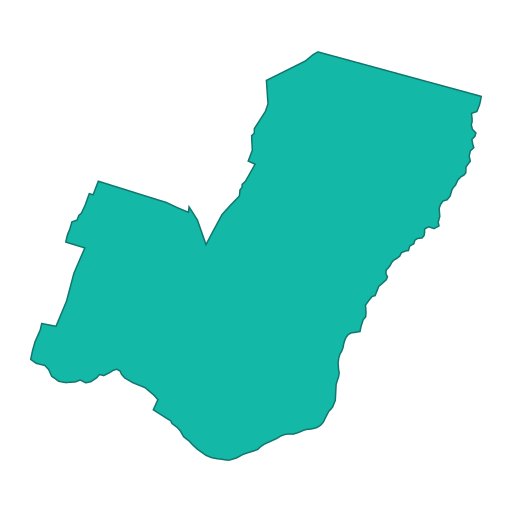 the district of Maipú, Mendoza, Argentina
{"feature_id": "61730980B18829369395752", "entity_name": "Maipú", "entity_type": "district", "adm_level": 2, "iso_a3": "ARG", "parent_name": "Argentina", "parent_adm1": "Mendoza", "projection": "equal_earth", "projection_center": [-68.638, -32.977], "detail": "fine", "context": "isolated", "style": "filled", "palette": "teal", "viewbox_px": 512, "rotation_deg": 0, "n_neighbors": 0, "source": "geoboundaries", "source_scale": "gbopen_adm2", "svg_char_len": 2539}
<svg xmlns="http://www.w3.org/2000/svg" viewBox="0 0 512 512"><path d="M98.3,181.2L93.1,194.8L89.3,193.6L86.0,202.7L85.0,205.6L81.3,213.3L78.9,215.4L77.0,220.1L71.9,221.9L69.7,229.5L67.8,233.8L66.8,237.3L65.8,242.1L84.8,247.9L73.9,273.3L66.5,301.2L56.0,326.3L41.7,323.5L40.3,329.9L35.1,341.6L32.6,350.3L30.7,359.4L36.1,363.3L44.9,365.5L48.7,369.6L51.7,376.3L55.0,378.5L58.7,381.3L65.7,382.6L75.4,381.9L80.2,380.0L85.8,382.8L90.8,381.7L96.8,377.7L99.5,374.5L103.7,375.6L109.5,372.7L113.1,370.4L116.7,369.2L120.1,371.1L121.6,374.4L124.7,377.9L132.6,382.6L145.1,387.7L154.2,395.4L157.9,399.7L153.3,409.8L167.7,419.0L170.7,420.7L172.0,423.5L177.3,427.5L180.3,430.9L183.7,436.8L189.1,441.0L193.0,445.2L197.6,449.4L206.1,455.4L211.4,457.6L217.0,458.7L221.2,459.2L226.1,460.0L229.3,460.1L236.5,458.0L242.4,454.7L247.0,453.0L253.5,451.0L257.8,449.4L260.9,446.4L264.4,444.1L276.7,438.5L280.5,436.1L284.7,434.5L288.0,434.0L293.4,434.1L298.1,432.6L300.9,431.5L303.7,430.2L306.8,429.4L310.5,429.1L314.0,428.4L317.2,427.4L320.6,425.2L323.4,422.0L325.6,417.4L328.7,411.4L330.9,409.2L332.6,407.0L335.3,400.4L335.6,394.6L335.9,388.8L336.1,384.6L337.0,381.4L338.6,376.7L339.2,372.7L338.6,369.7L338.1,362.9L338.8,357.7L340.0,354.0L341.7,351.1L343.1,347.4L343.6,344.3L344.6,340.8L346.0,337.4L348.2,334.6L351.4,332.8L354.3,332.5L360.0,331.5L361.1,326.1L363.2,319.7L365.7,316.8L366.0,312.4L365.5,305.1L369.2,300.0L372.1,296.5L375.1,295.6L378.8,286.3L382.0,283.6L386.3,279.7L387.5,276.8L385.9,274.0L386.2,270.0L388.1,268.1L390.2,265.4L391.6,262.6L393.7,260.2L396.5,258.6L399.7,256.2L401.3,252.8L405.7,250.9L408.4,250.6L409.8,246.0L413.8,243.8L414.9,240.2L417.5,238.5L422.2,237.9L424.1,235.4L424.6,232.4L424.6,229.0L428.7,226.8L434.1,228.6L439.0,225.9L438.2,222.2L439.8,216.4L439.5,213.0L439.2,208.1L440.6,204.4L443.0,201.0L447.1,199.8L450.1,196.1L451.1,192.7L451.9,190.0L453.3,187.5L455.5,185.1L457.9,179.9L460.9,176.8L463.8,175.2L465.8,172.8L466.0,167.0L468.4,163.6L470.3,161.1L469.2,156.2L470.3,151.0L473.8,147.6L472.7,144.0L471.9,139.4L474.9,136.3L475.9,132.9L472.4,129.3L471.3,124.7L472.1,121.9L472.1,118.9L471.5,113.4L476.9,111.5L479.4,105.1L480.2,102.0L481.3,96.4L317.9,51.9L313.3,54.5L305.3,61.0L266.4,80.4L268.0,103.9L265.3,111.6L254.3,128.7L254.3,133.3L251.6,135.6L252.3,150.3L248.2,161.1L255.1,164.2L245.5,181.2L242.1,184.4L242.1,187.4L240.0,189.8L239.4,196.0L230.4,205.3L222.0,214.6L211.3,234.5L206.0,244.6L197.4,220.0L189.1,206.9L188.4,212.3L177.4,207.7L166.2,202.4L157.3,199.7L98.3,181.2Z" fill="#14b8a6" stroke="#0f766e" stroke-width="1.5"/></svg>